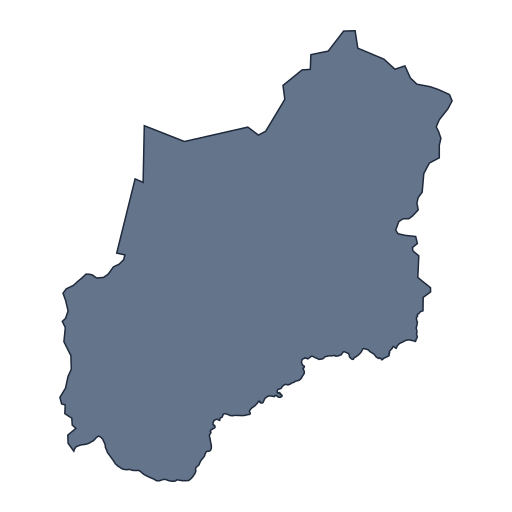 Sarandí del Yí, Durazno, Uruguay
{"feature_id": "84410073B30511027712587", "entity_name": "Sarandí del Yí", "entity_type": "district", "adm_level": 2, "iso_a3": "URY", "parent_name": "Uruguay", "parent_adm1": "Durazno", "projection": "mercator", "projection_center": [-55.569, -33.214], "detail": "fine", "context": "isolated", "style": "filled", "palette": "slate", "viewbox_px": 512, "rotation_deg": 0, "n_neighbors": 0, "source": "geoboundaries", "source_scale": "gbopen_adm2", "svg_char_len": 4920}
<svg xmlns="http://www.w3.org/2000/svg" viewBox="0 0 512 512"><path d="M73.8,451.2L74.6,448.9L76.2,446.7L78.7,445.7L81.3,444.8L83.8,444.6L86.8,444.0L89.1,443.2L91.7,441.6L93.4,440.8L94.9,439.2L96.6,437.3L98.7,436.1L100.7,437.1L102.4,438.8L103.9,441.7L105.2,444.9L105.4,447.5L106.7,450.3L107.6,452.8L109.6,455.4L112.2,459.0L113.7,461.1L115.4,463.8L118.0,466.2L120.0,467.4L122.1,468.9L124.3,469.5L127.0,469.7L129.8,469.4L132.3,470.3L134.5,470.5L136.7,470.5L138.7,470.4L141.0,471.9L143.5,474.2L146.1,475.6L148.7,476.9L151.0,477.9L153.6,479.0L156.5,480.7L159.3,480.8L161.7,480.0L163.4,479.4L165.9,479.5L168.5,480.6L171.0,481.1L173.2,481.3L175.4,481.0L177.0,479.8L178.9,480.1L180.5,480.4L182.4,480.7L183.6,480.7L186.3,480.7L188.7,480.5L191.0,478.7L192.9,476.5L194.8,473.7L195.8,471.4L195.6,469.6L195.8,467.8L196.9,466.6L198.9,465.0L200.0,462.3L201.0,460.4L202.8,458.3L203.2,457.8L204.4,456.2L205.3,453.4L206.3,451.7L207.4,451.3L209.1,451.2L210.5,450.3L211.3,448.5L211.4,445.6L210.9,443.4L210.5,441.3L210.2,439.3L209.3,435.6L209.4,435.0L209.8,434.5L210.2,434.0L211.0,432.3L210.9,432.0L210.5,432.0L210.3,431.7L210.3,431.0L210.6,430.6L211.4,429.5L212.4,429.3L212.8,428.6L213.5,428.5L213.8,428.4L214.1,428.3L214.8,427.6L215.1,427.1L214.9,426.5L214.7,425.5L214.3,425.2L214.0,425.2L213.7,425.4L213.1,424.4L212.9,423.0L213.6,421.7L213.6,421.0L214.1,420.6L216.1,419.3L217.8,419.4L218.4,419.9L219.3,420.4L219.6,420.4L219.9,420.1L219.9,419.3L220.0,418.6L220.2,418.0L221.1,417.7L222.1,417.2L222.7,415.8L223.3,414.2L224.2,413.7L225.6,413.8L227.6,414.3L229.8,415.4L232.2,415.8L234.5,415.4L237.1,415.4L239.0,415.5L241.8,415.6L244.3,415.5L247.3,414.8L249.8,414.3L250.3,413.2L249.4,411.2L250.1,409.9L251.6,408.1L254.7,406.0L257.7,402.8L258.4,401.4L259.3,401.2L260.0,401.5L259.9,402.4L260.4,402.8L261.9,403.1L263.0,402.6L263.8,400.8L264.9,398.4L266.9,396.9L269.1,395.8L272.4,396.2L274.2,396.7L275.2,395.4L276.5,395.6L277.3,396.5L278.6,397.2L280.2,397.4L281.7,396.6L282.1,395.8L281.8,395.0L280.8,394.8L280.4,394.6L280.3,394.1L280.6,393.7L280.4,393.3L279.6,392.9L279.3,392.5L278.9,392.6L278.5,393.2L278.3,393.1L277.8,392.9L277.3,392.5L277.2,391.0L277.6,390.1L278.0,389.3L279.0,389.2L281.0,388.5L282.3,386.5L283.7,385.2L285.5,384.3L288.0,384.9L290.2,384.1L291.8,383.0L294.0,382.3L295.4,381.2L297.3,380.8L299.1,380.3L301.1,378.6L302.6,375.9L304.2,373.5L304.3,372.4L304.2,371.1L303.8,370.2L303.0,368.8L302.9,368.4L303.2,368.3L303.8,368.0L304.4,366.7L304.2,366.1L303.0,365.5L302.1,364.0L301.4,362.1L301.8,361.1L302.1,359.5L302.6,359.1L303.3,358.8L304.7,358.2L304.9,357.9L305.6,357.9L306.1,358.3L307.1,358.5L307.6,358.9L308.4,358.5L310.0,357.3L311.0,356.6L311.9,356.1L313.2,356.6L315.4,357.8L317.1,358.4L318.8,359.4L319.6,359.3L322.1,359.0L323.4,358.4L325.0,356.7L326.6,356.4L329.0,355.8L330.8,355.9L333.1,355.6L333.9,355.7L334.8,355.4L335.8,356.2L337.8,356.0L339.3,355.5L341.2,354.8L342.0,353.6L343.4,351.8L344.6,351.8L348.4,353.5L349.3,355.0L349.4,356.8L350.5,358.0L351.6,359.0L352.7,359.4L353.3,359.3L354.3,357.6L355.6,357.0L358.0,355.3L359.8,353.6L361.4,351.7L362.6,349.3L363.3,348.6L365.0,348.9L367.2,349.4L368.5,350.1L370.0,351.7L372.1,352.9L374.3,354.4L376.2,357.0L378.6,358.5L380.0,358.0L380.8,358.5L381.8,359.8L382.8,359.4L383.4,358.4L385.5,357.5L388.6,356.0L389.3,355.1L388.9,354.3L388.9,353.5L389.5,353.2L389.7,352.9L389.3,352.1L389.5,351.4L389.8,350.9L392.0,348.6L392.7,347.1L393.3,346.4L394.1,346.8L395.8,348.2L396.2,348.3L397.3,345.9L398.8,344.1L400.2,343.1L402.5,342.1L405.3,340.6L407.8,339.9L408.9,339.9L410.2,340.1L413.0,340.7L413.8,340.8L414.3,341.1L414.8,341.4L415.3,341.5L415.6,341.2L416.0,340.3L416.1,339.1L416.8,338.4L417.3,336.7L416.5,334.3L417.0,332.0L416.8,330.6L416.2,328.0L417.0,324.9L417.2,323.2L417.4,321.8L416.7,320.6L416.5,319.0L416.5,317.3L417.5,316.4L417.4,314.5L419.0,313.4L420.3,311.7L423.0,310.8L423.2,297.4L430.6,291.9L430.5,287.7L422.4,281.2L417.8,277.4L418.8,255.8L412.9,250.9L412.5,247.5L417.4,243.5L415.7,236.5L404.8,235.3L398.0,233.7L395.7,230.1L398.8,221.6L402.9,218.8L408.9,218.7L412.5,216.0L418.2,209.9L416.9,203.0L418.2,197.5L422.2,192.2L423.8,173.6L429.4,163.0L439.3,157.8L439.3,145.3L440.9,138.3L438.6,131.6L436.2,126.9L439.3,119.7L447.8,109.0L452.1,100.9L449.5,94.6L438.3,89.5L430.2,86.7L416.9,84.2L410.4,78.0L404.9,65.9L394.9,69.2L384.0,59.2L357.8,48.2L355.1,30.7L343.6,31.1L328.2,51.1L310.9,54.6L310.3,69.4L302.1,69.9L283.0,85.4L284.8,99.4L265.7,131.2L258.4,135.1L247.8,127.1L184.4,141.5L144.3,125.7L143.1,182.4L135.1,178.9L116.7,253.1L124.9,254.9L123.6,259.8L119.1,264.2L113.5,266.8L108.2,274.1L103.6,277.4L96.6,278.0L92.5,275.0L89.2,274.2L86.0,274.1L82.2,277.7L77.2,281.9L73.4,285.4L66.3,288.8L63.0,293.2L65.5,300.1L68.1,310.9L65.5,318.4L62.3,321.4L65.3,327.6L63.9,341.7L70.9,355.7L71.3,369.2L68.0,376.5L65.5,388.1L59.9,397.4L61.6,403.9L65.2,404.9L64.8,413.6L71.8,418.2L72.2,425.0L75.9,428.4L67.8,435.1L68.1,443.3L70.2,446.2L73.8,451.2Z" fill="#64748b" stroke="#1e293b" stroke-width="1.5"/></svg>